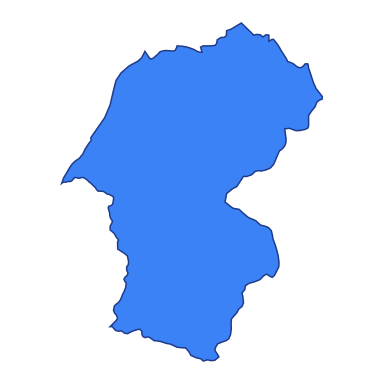 Ranau, Sabah, Malaysia
{"feature_id": "92858781B74051024245503", "entity_name": "Ranau", "entity_type": "district", "adm_level": 2, "iso_a3": "MYS", "parent_name": "Malaysia", "parent_adm1": "Sabah", "projection": "robinson", "projection_center": [116.758, 5.889], "detail": "fine", "context": "isolated", "style": "filled", "palette": "blue", "viewbox_px": 384, "rotation_deg": 0, "n_neighbors": 0, "source": "geoboundaries", "source_scale": "gbopen_adm2", "svg_char_len": 3570}
<svg xmlns="http://www.w3.org/2000/svg" viewBox="0 0 384 384"><path d="M149.6,337.5L154.2,340.7L157.2,340.9L161.2,341.7L166.4,343.4L170.4,344.1L177.1,347.2L183.3,347.9L185.6,347.9L188.8,351.6L190.9,355.4L196.3,357.8L200.8,358.8L203.3,361.0L207.6,359.8L211.2,360.7L214.9,360.2L218.9,356.9L216.8,353.2L214.9,350.6L215.5,347.5L217.7,343.8L221.9,342.1L226.0,340.7L228.8,338.8L230.5,334.7L231.3,329.1L231.1,323.8L231.5,318.8L234.3,315.6L236.7,313.0L238.8,309.1L242.2,306.2L243.5,302.8L242.9,296.8L242.0,293.0L244.8,289.6L245.4,285.7L249.1,283.3L254.2,281.9L258.7,280.2L260.2,279.4L263.6,275.8L266.6,274.1L270.4,276.6L272.3,277.3L274.5,275.3L276.6,271.3L278.8,266.7L279.0,262.3L278.1,255.3L276.2,248.1L274.7,243.5L273.0,238.9L272.3,234.8L271.3,230.7L268.5,227.6L265.7,226.4L260.4,225.0L255.7,220.6L248.4,217.5L248.0,217.2L242.9,212.9L239.0,209.3L233.2,208.3L230.5,206.4L225.1,202.1L226.6,193.6L232.2,189.0L236.7,186.6L238.8,183.5L243.5,176.3L246.7,176.5L251.6,174.8L255.5,171.2L258.7,170.7L261.2,171.0L265.7,170.0L270.2,168.1L273.4,164.7L275.1,161.1L277.7,154.8L279.4,151.0L282.4,148.8L284.7,145.9L286.0,142.3L286.0,138.2L284.7,128.8L289.6,128.3L293.9,130.0L296.3,130.7L299.9,130.5L304.8,129.5L307.8,128.1L308.6,125.9L308.6,120.6L308.6,115.5L311.6,111.0L312.9,109.5L315.0,106.9L316.8,102.3L319.5,100.1L322.1,99.2L322.3,96.5L316.1,88.6L313.3,82.3L311.8,77.7L309.3,70.0L308.6,68.3L308.0,64.0L305.4,63.7L302.4,66.9L300.1,67.8L297.3,66.9L293.2,63.7L290.0,62.3L287.7,61.6L286.4,58.7L281.1,50.5L279.4,47.4L277.2,44.0L273.6,39.4L271.9,39.4L268.9,41.3L268.9,38.5L268.9,35.1L265.9,34.8L262.9,37.0L260.4,34.8L256.9,34.4L253.7,35.1L252.0,33.4L241.3,23.0L240.5,23.5L231.1,29.1L226.6,30.7L226.4,35.6L224.3,37.3L220.8,37.5L217.2,39.9L216.6,43.5L215.1,45.4L210.6,45.9L207.4,45.9L203.1,45.9L200.6,47.1L201.2,49.3L202.0,52.2L199.5,52.2L196.9,51.2L193.9,49.5L190.3,48.1L186.2,46.9L182.0,46.2L177.1,45.9L176.4,48.1L174.9,50.7L172.4,51.0L169.2,50.7L165.7,50.5L162.3,51.0L159.8,51.9L157.8,54.4L155.9,55.8L153.1,58.4L150.1,58.9L144.9,51.4L141.7,57.7L138.0,61.1L129.1,65.9L120.9,73.1L116.0,80.5L113.4,90.7L110.2,104.6L104.7,117.7L90.8,137.7L91.2,140.4L88.6,143.7L85.0,149.3L82.9,153.9L79.2,158.4L75.6,160.8L72.4,163.7L70.0,167.1L63.6,178.0L61.7,183.3L62.2,182.9L63.9,182.1L66.2,182.1L67.7,181.5L70.3,181.5L71.8,180.8L73.6,178.7L74.8,177.5L77.0,177.8L79.0,178.3L81.2,177.7L83.1,177.4L84.8,178.4L87.0,179.8L88.9,181.8L90.4,182.8L94.2,186.5L95.6,187.9L96.4,189.5L98.0,191.1L100.6,191.2L103.4,191.4L105.1,192.5L106.9,194.0L108.7,194.2L110.3,195.1L112.9,196.3L113.5,197.6L113.5,199.7L113.1,201.9L112.7,203.9L111.8,205.1L110.3,205.9L108.7,206.2L108.2,207.8L108.7,209.9L109.2,211.5L109.7,213.3L109.7,215.2L110.6,218.4L112.4,221.0L112.1,222.4L111.2,224.3L110.2,226.1L110.1,229.0L110.2,230.0L110.6,230.3L114.2,233.4L115.5,235.8L116.9,238.0L118.3,239.5L118.5,240.1L117.6,241.7L117.6,242.3L117.7,249.1L124.3,253.3L127.4,255.9L128.5,261.4L128.5,263.4L128.0,265.3L127.0,266.1L126.6,267.8L126.7,270.1L128.0,273.2L126.9,275.8L125.4,276.7L123.9,279.2L124.8,281.3L125.9,282.4L126.1,284.0L125.9,286.0L125.4,288.3L123.7,292.3L122.6,294.3L121.7,296.9L120.0,300.5L118.4,302.5L116.2,304.2L114.4,305.9L113.5,310.4L114.0,311.8L114.8,313.3L115.9,314.5L116.8,315.9L117.3,317.3L117.3,319.0L116.6,319.9L115.7,321.0L110.1,326.7L112.4,326.6L114.4,329.3L115.9,330.6L118.5,331.2L121.4,330.9L124.7,333.2L127.6,333.7L130.0,332.3L133.2,330.9L135.2,330.3L137.5,329.5L139.9,329.3L141.6,331.0L141.9,332.1L141.9,334.4L143.0,336.6L145.3,337.7L147.2,336.9L149.6,337.4L149.6,337.5Z" fill="#3b82f6" stroke="#1e3a8a" stroke-width="1.5"/></svg>